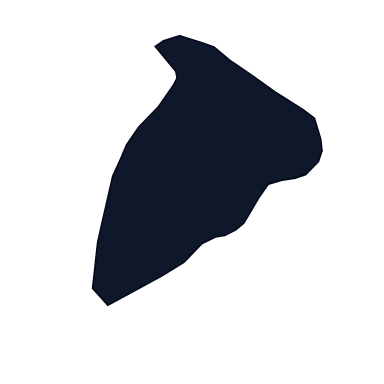 Leewehpea-Mahn, Nimba, Liberia (Natural Earth projection), rotated 27°
{"feature_id": "62588387B51124182778876", "entity_name": "Leewehpea-Mahn", "entity_type": "district", "adm_level": 2, "iso_a3": "LBR", "parent_name": "Liberia", "parent_adm1": "Nimba", "projection": "natural_earth1", "projection_center": [-8.897, 7.043], "detail": "fine", "context": "isolated", "style": "filled", "palette": "ink", "viewbox_px": 384, "rotation_deg": 27, "n_neighbors": 0, "source": "geoboundaries", "source_scale": "gbopen_adm2", "svg_char_len": 1084}
<svg xmlns="http://www.w3.org/2000/svg" viewBox="0 0 384 384"><g transform="rotate(27 192 192)"><path d="M93.1,79.0L122.8,91.9L126.9,97.2L126.9,104.7L126.3,109.5L123.3,131.3L115.8,155.7L115.5,156.6L115.0,158.5L114.3,163.6L112.4,178.3L112.2,179.2L113.0,190.6L113.2,192.5L114.1,213.8L118.2,230.1L125.3,258.4L129.7,275.6L130.6,279.3L134.5,289.7L141.3,307.6L147.1,323.0L167.4,330.8L168.4,331.2L187.6,303.3L199.7,285.6L200.1,285.1L203.6,279.9L207.3,273.8L207.6,273.3L210.5,268.6L216.9,258.0L220.0,247.8L224.3,233.6L225.0,232.6L227.5,229.3L233.5,221.3L239.8,216.7L240.8,216.0L248.2,205.9L252.3,196.3L252.5,193.0L252.8,189.4L254.2,166.5L256.5,150.5L258.3,148.8L266.6,140.9L277.6,133.0L280.8,129.7L285.4,125.0L290.9,107.4L290.2,102.8L289.3,97.1L288.9,97.3L289.2,95.9L288.3,95.0L282.8,86.5L281.3,84.9L267.7,70.7L261.6,69.6L253.4,68.1L251.6,68.0L226.4,65.6L221.4,65.2L206.9,63.0L189.8,60.5L172.1,58.2L171.2,58.1L166.3,57.5L148.5,53.4L145.7,52.8L141.8,53.3L132.8,54.5L119.8,56.7L118.0,57.0L110.0,58.3L97.9,70.2L96.7,72.5L93.1,79.0Z" fill="#0f172a" stroke="#020617" stroke-width="1.5"/></g></svg>